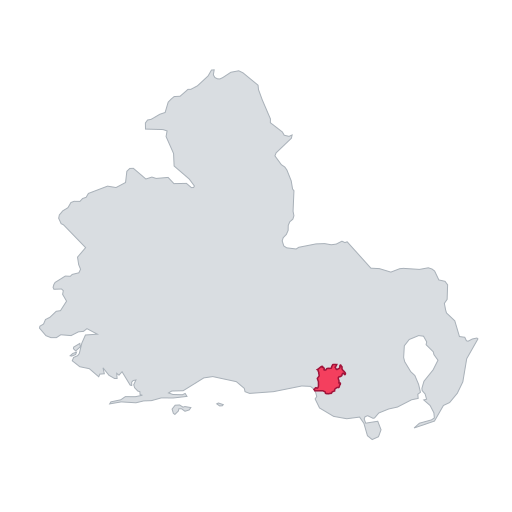 Yaracuy on a map of Venezuela (orthographic projection), rotated 178°
{"feature_id": "VEN-36", "entity_name": "Yaracuy", "entity_type": "State", "adm_level": 1, "iso_a3": "VEN", "parent_name": "Venezuela", "parent_adm1": "", "projection": "orthographic", "projection_center": [-68.813, 10.294], "detail": "fine", "context": "in_parent", "style": "filled", "palette": "rose", "viewbox_px": 512, "rotation_deg": 178, "n_neighbors": 0, "source": "natural_earth", "source_scale": "10m", "svg_char_len": 6274}
<svg xmlns="http://www.w3.org/2000/svg" viewBox="0 0 512 512"><g transform="rotate(178 256 256)"><path d="M468.7,183.7L474.9,191.5L474.4,193.4L470.7,195.4L468.6,199.9L464.0,202.0L457.6,207.7L453.3,208.2L446.9,217.5L450.6,224.4L449.8,228.1L451.5,229.8L459.1,229.8L459.9,231.7L459.0,234.6L457.7,236.6L447.3,242.6L442.3,242.2L440.3,244.0L433.6,245.4L431.8,248.9L433.5,253.5L434.4,261.1L426.0,270.3L447.3,293.9L449.6,295.1L451.9,300.6L451.1,303.9L447.5,307.9L442.2,310.9L439.1,315.9L435.9,317.0L430.1,316.7L427.3,319.5L423.7,320.6L421.3,324.4L401.9,331.0L393.5,329.3L383.8,334.0L382.1,345.2L379.1,347.9L375.5,347.9L363.4,336.8L357.3,338.5L353.1,337.0L341.1,337.6L335.5,331.2L323.0,331.0L318.2,326.6L316.0,326.6L315.1,328.1L320.0,335.2L334.7,348.8L334.8,361.3L341.7,378.5L340.5,384.1L344.5,385.6L362.0,386.7L361.9,392.8L359.6,395.7L356.1,396.2L347.2,401.0L341.8,402.6L338.4,412.8L335.4,415.7L332.2,418.2L326.3,418.3L318.2,424.9L315.4,424.8L308.6,428.1L297.6,437.6L294.0,443.4L291.3,443.5L292.3,438.5L290.9,435.8L288.3,434.4L285.9,434.2L282.9,435.5L274.7,440.5L266.8,441.7L262.6,439.5L248.0,426.6L247.7,422.2L244.3,411.8L236.8,392.5L237.0,388.7L225.3,379.0L223.6,375.7L218.8,374.4L215.7,375.7L216.5,372.5L232.3,358.4L233.6,355.4L227.5,346.4L224.1,343.9L222.1,340.8L218.2,329.9L217.1,321.6L215.8,319.9L217.4,299.4L216.7,294.9L217.9,291.5L221.0,289.1L222.7,285.5L223.0,280.5L224.9,276.5L228.2,273.3L229.3,270.2L227.9,265.1L225.1,263.1L215.6,261.6L213.0,263.2L195.6,266.0L187.0,266.0L180.4,264.6L175.4,265.1L169.6,267.8L166.7,266.3L164.4,267.0L141.6,239.8L133.2,239.1L121.8,235.2L112.8,238.3L109.1,238.5L93.1,236.9L84.2,238.2L80.5,236.8L78.0,234.7L74.1,225.7L68.0,224.1L65.5,220.5L66.5,206.0L69.4,202.1L68.4,195.5L67.6,192.4L59.6,184.3L55.5,168.4L50.2,167.5L48.7,164.0L47.1,163.4L42.7,165.5L38.1,166.3L37.1,165.4L49.0,146.0L53.7,123.0L59.6,111.8L67.6,102.8L73.9,100.1L83.4,84.8L104.0,78.6L98.5,83.2L86.3,86.1L83.4,88.0L83.7,93.1L87.2,100.5L93.4,106.3L90.5,106.9L91.8,112.2L94.7,115.8L94.8,118.0L92.5,125.0L83.0,136.0L77.8,145.5L81.6,151.2L82.2,154.1L89.1,161.4L88.4,164.2L91.4,170.0L96.2,170.8L105.8,167.2L110.9,161.1L112.0,149.4L111.1,145.2L105.4,135.0L101.4,131.0L98.0,122.1L96.4,114.1L99.1,112.2L98.9,108.0L105.5,106.9L119.9,100.1L128.7,98.5L138.8,94.8L143.2,90.0L144.7,89.7L150.0,92.5L152.6,91.6L153.6,89.4L152.2,85.1L140.1,86.6L137.1,78.0L139.9,71.1L146.3,68.5L150.9,72.5L154.0,85.0L158.1,91.4L171.0,90.2L184.0,93.0L197.8,101.9L201.9,111.1L200.2,113.4L201.1,117.4L203.1,121.3L206.2,123.8L214.8,124.5L243.3,119.8L267.2,118.9L271.7,120.8L272.3,124.1L280.0,131.1L303.4,137.0L312.4,136.0L333.5,123.9L344.9,124.0L348.2,122.2L343.9,120.5L334.4,119.9L331.6,121.1L329.9,118.1L343.5,117.0L355.6,117.5L365.5,115.1L373.3,115.1L381.1,113.5L395.8,114.9L407.4,113.3L406.1,115.3L396.2,117.0L391.5,120.0L381.5,119.6L374.4,120.8L376.7,121.6L376.8,124.5L378.8,125.1L381.9,128.6L382.7,131.6L380.3,136.3L383.1,135.8L384.7,134.2L384.7,130.9L386.3,131.4L393.9,145.0L397.1,141.7L399.3,143.6L399.1,138.4L401.6,138.5L407.1,141.9L412.8,149.6L411.7,143.6L416.2,143.4L417.4,140.8L426.5,149.2L436.0,151.5L443.3,157.7L441.8,161.0L437.7,162.6L436.0,164.7L433.1,175.0L429.2,183.0L417.3,183.4L427.5,189.3L431.0,186.7L436.1,186.4L443.6,182.9L453.8,184.1L458.3,181.4L463.9,181.6L468.7,183.7ZM344.1,101.7L345.2,105.9L342.0,109.7L337.6,109.8L334.2,107.5L332.3,108.0L326.4,106.8L328.1,104.5L332.4,103.3L335.7,105.9L338.4,106.0L339.0,103.8L342.6,100.5L344.1,101.7ZM441.4,171.3L435.1,174.8L434.7,171.5L439.5,167.4L441.7,169.7L441.4,171.3ZM300.4,109.6L298.7,110.4L293.9,108.6L294.9,107.5L297.5,107.4L300.4,109.6ZM442.5,165.0L438.7,166.2L439.7,163.8L443.7,162.4L445.2,162.8L442.5,165.0Z" fill="#d9dde1" stroke="#a8b0b8" stroke-width="1"/><path d="M201.8,119.2L202.6,120.5L202.4,120.5L201.6,121.7L201.3,122.0L200.7,122.3L200.4,122.2L199.8,121.9L199.7,121.8L199.3,121.8L199.1,121.9L199.0,122.0L198.9,122.1L198.5,122.6L198.3,123.3L198.1,123.8L198.0,128.2L199.0,131.4L198.8,131.8L198.3,132.3L197.2,133.8L197.1,134.0L197.0,134.3L197.4,136.8L197.3,137.4L197.3,137.6L197.6,138.0L197.8,138.6L197.9,139.4L198.1,139.8L198.8,140.3L197.6,141.0L195.0,143.0L194.4,143.3L194.1,143.4L193.8,143.4L193.6,143.4L193.3,143.3L193.2,143.1L193.3,142.9L193.5,142.8L193.6,142.7L193.6,142.4L193.4,142.4L192.7,142.2L192.4,142.0L192.2,141.9L192.0,141.7L191.9,141.6L191.8,141.4L191.8,141.2L191.8,140.9L191.8,140.7L192.0,140.2L192.0,139.9L191.9,139.8L191.8,139.7L191.6,139.7L190.6,139.6L190.4,139.7L190.1,139.8L189.8,140.1L189.7,140.3L189.5,140.7L189.3,140.9L189.1,141.0L188.7,141.1L188.2,141.2L187.8,141.1L187.2,141.3L186.7,141.1L185.1,141.2L184.7,141.3L184.4,141.7L184.3,142.2L184.3,142.6L184.2,142.9L184.1,143.2L183.6,143.7L183.3,144.3L183.3,144.5L183.2,144.6L183.0,144.8L182.1,144.9L179.1,144.7L179.6,143.6L179.9,143.2L180.8,142.3L180.9,142.1L180.6,141.8L180.0,140.6L179.7,140.0L179.1,139.7L176.7,140.9L176.1,141.4L176.1,141.6L176.0,141.9L176.1,142.7L176.1,143.0L176.0,143.3L175.8,143.7L175.7,143.9L175.5,144.1L175.2,144.0L175.0,143.9L174.9,143.5L174.8,143.3L174.7,143.2L174.3,142.7L174.1,142.5L174.0,142.3L173.9,142.2L173.9,141.8L174.0,140.4L174.0,140.2L173.9,140.0L173.8,139.8L173.7,139.5L172.9,138.5L171.9,137.5L171.7,137.3L171.6,137.1L171.1,136.4L170.8,135.9L170.8,135.7L170.7,135.3L170.7,135.2L170.8,135.1L170.8,134.9L171.1,134.5L171.3,134.3L172.0,134.8L172.5,135.6L172.8,135.8L173.0,135.8L173.3,135.7L173.8,135.2L174.0,134.9L174.1,134.6L174.3,134.1L174.3,133.7L174.6,133.3L176.0,132.5L176.3,132.4L176.6,132.4L176.9,132.4L177.1,132.5L177.2,132.4L177.3,132.3L177.5,132.1L177.9,131.8L178.0,131.4L178.0,130.3L177.5,128.7L177.4,128.3L177.4,127.9L177.6,126.3L177.5,126.1L177.3,126.1L176.9,126.3L176.7,126.3L176.5,126.2L176.2,126.1L176.1,125.9L176.1,125.6L176.2,124.9L176.3,124.6L176.7,124.5L176.9,124.3L176.9,124.1L177.0,123.6L177.4,122.3L177.6,122.0L177.8,121.8L178.1,121.7L178.3,121.6L178.5,121.7L179.2,121.8L179.6,121.7L180.1,121.5L181.6,120.4L181.9,120.1L182.0,119.8L182.1,119.6L182.1,118.8L182.1,118.4L184.0,117.8L184.6,117.5L184.8,117.2L185.1,116.6L185.3,116.4L185.6,116.1L185.9,116.0L186.1,116.0L186.4,116.1L186.6,116.2L187.0,116.1L187.3,116.0L187.6,115.9L187.8,115.8L189.1,115.8L189.6,116.0L190.2,115.9L190.9,116.1L191.4,116.4L191.4,116.9L191.6,117.7L193.9,119.0L201.8,119.2Z" fill="#f43f5e" stroke="#9f1239" stroke-width="1.5"/></g></svg>